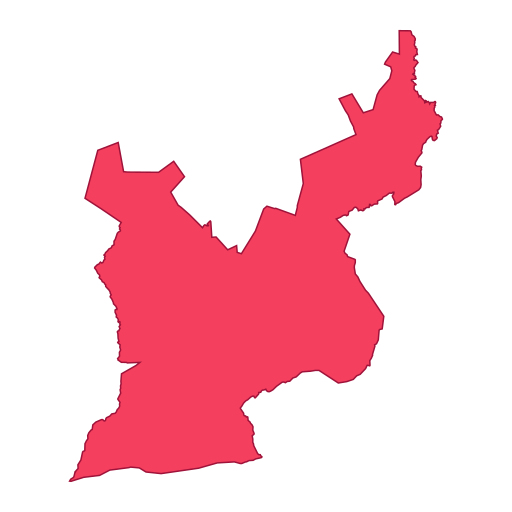 outline of Mutasa, Manicaland, Zimbabwe
{"feature_id": "62879985B28116741742257", "entity_name": "Mutasa", "entity_type": "district", "adm_level": 2, "iso_a3": "ZWE", "parent_name": "Zimbabwe", "parent_adm1": "Manicaland", "projection": "orthographic", "projection_center": [32.773, -18.58], "detail": "fine", "context": "isolated", "style": "filled", "palette": "rose", "viewbox_px": 512, "rotation_deg": 0, "n_neighbors": 0, "source": "geoboundaries", "source_scale": "gbopen_adm2", "svg_char_len": 6024}
<svg xmlns="http://www.w3.org/2000/svg" viewBox="0 0 512 512"><path d="M121.3,362.3L126.5,362.4L127.2,362.9L139.9,362.4L136.0,365.5L121.5,373.8L120.9,381.3L121.1,383.8L120.5,385.9L120.7,388.3L120.1,389.7L120.7,393.1L117.8,398.9L117.9,399.4L120.0,402.3L119.5,404.1L119.7,405.7L119.5,406.7L118.5,408.4L117.3,409.5L116.2,412.1L115.1,413.3L111.8,413.9L109.8,416.1L106.7,417.6L106.0,418.3L105.5,420.3L104.9,420.9L104.2,421.0L102.7,419.6L101.5,419.6L95.8,422.1L92.8,424.9L92.2,429.5L91.1,430.0L88.9,432.7L87.7,435.5L87.9,438.8L86.5,440.7L85.0,443.7L84.8,450.4L84.4,450.9L83.2,451.3L82.6,452.0L80.9,460.0L77.9,464.8L78.1,468.5L75.9,470.9L75.5,471.9L75.1,471.8L73.9,476.7L73.2,477.6L70.7,479.2L69.6,481.1L71.0,481.3L83.7,477.3L99.6,475.4L109.8,470.1L129.0,467.6L130.6,467.1L139.3,467.9L146.0,472.0L161.1,473.6L198.6,468.2L217.3,462.9L234.4,461.9L240.2,463.5L241.8,463.5L245.3,462.0L246.6,461.8L249.0,460.6L253.1,460.3L255.7,458.9L261.1,457.7L261.7,457.4L261.9,456.7L260.6,455.6L260.3,454.7L258.6,454.6L257.5,453.3L253.8,445.8L253.4,443.5L252.8,442.5L252.8,439.1L252.2,435.8L254.0,434.2L254.1,433.4L252.8,430.2L253.0,426.8L252.7,426.1L251.9,424.6L250.6,423.4L250.0,422.0L248.1,420.4L247.8,417.1L247.4,416.8L246.3,417.0L245.7,416.0L244.3,415.7L243.8,414.9L243.6,413.2L240.4,408.5L240.4,407.8L241.5,406.6L243.6,403.1L245.7,400.9L247.7,399.8L250.8,397.0L252.7,396.1L253.9,396.2L254.6,397.7L255.3,397.8L258.5,394.2L258.8,393.6L258.7,392.5L260.7,392.3L261.5,390.8L262.5,390.1L263.9,390.0L265.8,389.2L266.4,390.6L267.9,391.6L269.2,391.7L270.5,391.2L273.0,389.7L276.5,386.3L282.2,382.2L283.7,382.0L285.4,382.7L287.1,381.5L289.8,381.2L292.9,378.0L296.2,376.9L300.3,373.0L302.3,371.8L310.5,371.2L315.3,370.4L319.0,370.4L338.3,383.0L346.8,381.6L353.3,379.4L356.7,375.8L360.2,374.3L365.6,368.6L367.1,365.4L367.9,365.3L369.7,365.8L370.0,365.3L369.8,360.6L371.3,358.3L372.6,355.3L372.5,354.4L374.9,346.2L374.6,344.8L376.5,343.8L378.3,339.9L379.1,330.2L379.7,329.5L382.2,328.9L383.8,316.3L368.4,293.2L365.5,290.2L359.9,281.4L357.9,277.0L355.3,273.9L354.3,267.5L354.4,265.6L355.3,262.6L355.3,259.8L354.8,259.3L347.6,256.6L347.0,254.7L345.2,253.4L344.7,252.6L344.1,251.2L349.9,234.2L336.3,219.0L340.3,217.3L343.2,215.4L345.1,215.0L346.0,215.1L346.4,215.7L347.7,215.3L348.2,214.7L348.8,211.5L352.2,210.1L354.1,207.7L354.8,207.3L356.0,207.3L357.7,208.7L358.4,210.8L360.7,210.0L362.9,210.8L364.0,210.1L364.0,208.8L365.1,208.9L365.7,208.1L366.8,207.5L369.1,207.4L369.6,204.4L370.4,204.5L370.8,205.8L371.7,205.8L374.3,204.1L377.4,203.9L377.7,203.4L377.5,201.5L377.9,200.8L382.0,199.0L383.1,197.1L386.3,195.5L389.3,193.1L392.0,193.2L392.9,192.2L393.9,192.3L393.6,194.1L392.4,195.6L392.4,196.6L394.9,201.6L394.8,204.5L395.6,204.7L396.4,203.4L398.5,202.7L404.6,198.2L407.3,196.9L418.8,189.8L420.6,187.5L421.1,184.7L420.8,179.7L421.3,176.0L420.8,170.6L421.5,169.8L421.3,167.9L421.7,167.2L420.3,166.2L417.5,166.3L415.7,165.4L415.2,164.4L415.5,162.2L418.3,157.3L421.9,152.9L421.9,152.2L421.2,150.6L421.8,149.5L422.6,145.1L423.5,143.7L425.7,142.2L426.0,141.1L427.0,139.4L430.0,136.6L431.2,136.2L431.9,136.4L432.5,139.7L433.2,140.4L434.5,140.6L436.8,138.7L437.2,137.5L436.2,136.1L436.8,133.9L438.2,133.2L437.4,130.2L438.6,129.6L440.7,126.2L440.0,123.9L440.8,123.1L441.0,120.7L442.4,119.4L442.4,118.9L441.5,117.0L439.9,116.5L438.2,114.9L436.4,114.9L434.1,110.6L434.2,108.1L434.9,106.9L434.5,105.6L435.4,105.3L434.9,104.1L435.7,102.7L435.4,101.7L435.0,101.5L433.5,102.4L430.6,102.4L429.7,103.9L429.2,102.5L428.2,101.5L426.9,102.1L426.3,100.9L425.6,100.6L425.4,102.5L424.8,102.8L424.4,100.8L421.0,97.4L421.0,96.0L420.2,95.8L419.1,96.8L418.8,95.2L418.0,94.1L417.2,91.5L415.8,91.3L414.0,89.2L414.2,86.0L414.7,85.2L416.0,84.7L415.3,83.7L413.6,82.6L413.1,81.5L411.8,80.9L411.3,80.0L411.7,79.5L415.3,79.2L416.1,78.6L415.2,77.5L415.7,77.0L415.6,76.4L412.8,74.2L413.2,73.7L414.5,73.7L414.3,72.9L414.9,70.4L414.0,68.6L414.0,67.5L415.2,66.4L415.7,65.3L418.0,62.6L416.5,60.4L415.6,60.0L414.3,60.4L413.7,59.8L414.3,58.4L413.9,57.5L414.1,56.4L415.4,55.9L415.8,54.7L417.4,54.5L416.8,51.9L417.1,49.4L416.7,48.5L415.5,48.1L415.7,46.6L414.9,46.4L414.3,44.9L414.8,42.6L414.6,40.9L415.2,40.3L415.3,38.8L414.1,36.5L411.9,34.8L411.1,31.7L410.3,30.8L399.2,30.7L399.4,54.1L392.6,52.0L385.4,62.1L384.6,64.2L390.7,66.8L391.8,70.8L389.8,78.6L379.6,90.3L377.1,94.9L373.1,109.6L363.3,112.8L351.9,93.9L339.1,98.8L345.4,110.7L348.2,114.9L350.5,121.1L353.6,126.9L353.8,128.7L356.0,134.6L300.4,159.3L303.3,183.6L297.3,205.6L297.3,207.4L295.3,215.4L275.7,208.3L274.6,208.6L266.9,206.2L263.7,209.0L255.4,231.1L241.4,253.7L237.2,252.4L236.6,245.6L227.7,249.8L216.1,237.0L211.8,237.3L210.8,221.8L210.4,221.0L209.8,221.2L207.3,223.9L207.3,224.4L208.4,225.3L208.2,225.8L207.0,225.8L204.9,224.8L203.9,225.5L202.5,227.7L189.8,215.0L181.2,207.4L178.1,205.2L170.7,192.1L184.5,176.7L173.7,161.3L158.6,172.3L127.8,172.1L123.6,171.7L118.2,142.5L97.8,150.3L85.0,198.3L101.2,208.8L121.2,222.4L119.2,226.0L119.3,226.8L120.1,227.6L119.5,229.0L120.4,230.0L120.4,230.9L118.4,232.1L117.3,233.3L115.2,239.5L114.0,241.2L114.0,244.8L112.1,245.8L111.4,247.7L108.7,249.1L107.8,250.5L105.5,252.7L105.0,254.1L104.1,254.7L104.0,255.3L105.2,256.2L104.5,257.4L104.9,259.3L104.0,260.0L102.9,262.5L101.7,263.0L100.4,262.1L98.7,264.2L97.4,264.6L94.8,267.2L94.6,268.0L96.3,270.2L97.8,273.3L99.5,274.9L99.8,276.4L99.1,277.4L99.2,277.8L101.5,279.9L102.3,281.7L104.2,282.7L104.6,283.9L105.6,284.6L105.7,286.5L109.1,290.2L110.1,291.9L110.3,293.4L111.2,294.8L110.2,296.3L110.2,296.9L111.9,299.2L113.4,302.7L113.5,303.8L116.0,306.4L117.0,308.7L116.9,309.5L116.0,309.4L115.1,310.0L115.1,312.3L116.5,315.2L116.2,317.0L117.4,318.0L118.3,319.6L118.0,321.7L118.5,322.3L119.2,321.6L119.8,321.7L120.0,323.0L119.7,324.0L120.4,324.8L119.1,326.6L120.0,328.6L119.3,329.5L119.0,330.7L117.9,331.0L117.3,331.9L117.9,333.7L118.1,338.2L118.9,341.5L117.9,342.0L117.7,342.6L120.1,344.8L119.8,347.2L120.5,349.4L120.5,350.4L119.4,352.2L119.5,356.3L117.6,358.6L118.3,359.8L118.1,360.0L121.3,362.3Z" fill="#f43f5e" stroke="#9f1239" stroke-width="1.5"/></svg>